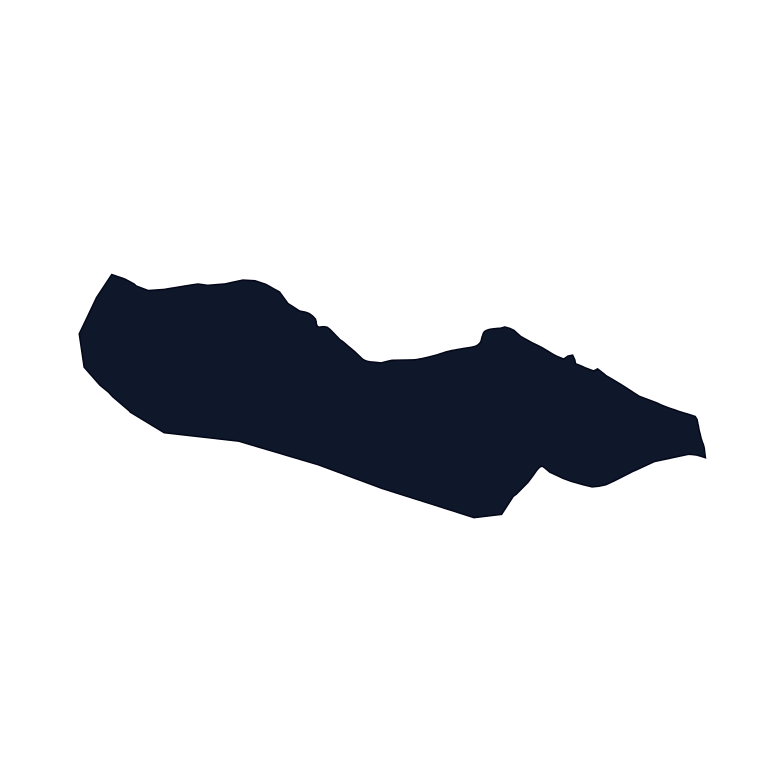 outline of Mukayras, Al Bayda', Yemen, rotated 54°
{"feature_id": "15242507B36585433603827", "entity_name": "Mukayras", "entity_type": "district", "adm_level": 2, "iso_a3": "YEM", "parent_name": "Yemen", "parent_adm1": "Al Bayda'", "projection": "natural_earth1", "projection_center": [45.819, 14.026], "detail": "fine", "context": "isolated", "style": "filled", "palette": "ink", "viewbox_px": 768, "rotation_deg": 54, "n_neighbors": 0, "source": "geoboundaries", "source_scale": "gbopen_adm2", "svg_char_len": 3866}
<svg xmlns="http://www.w3.org/2000/svg" viewBox="0 0 768 768"><g transform="rotate(54 384 384)"><path d="M632.6,167.3L627.5,164.5L624.4,162.7L621.0,161.3L617.6,160.4L617.0,160.2L614.2,159.3L610.5,157.7L606.8,156.3L603.4,154.6L600.2,153.2L597.4,151.9L596.7,151.6L593.2,151.3L588.5,154.7L586.7,156.0L584.7,157.6L582.9,159.0L581.1,160.3L579.4,161.6L577.8,162.7L576.4,163.6L575.9,163.9L574.3,165.1L572.8,166.2L571.2,167.3L569.6,168.4L567.6,169.7L565.4,171.1L563.8,172.1L562.4,172.9L561.7,173.2L560.1,174.1L543.8,184.8L537.0,187.4L530.7,189.8L524.8,192.1L518.6,194.7L507.2,199.7L506.3,199.7L503.3,200.6L499.7,201.6L497.3,202.3L496.7,206.6L495.5,207.5L495.2,207.7L493.4,208.9L491.7,210.0L490.1,211.1L488.3,212.2L486.2,213.3L484.4,214.4L483.3,215.1L482.2,215.8L480.2,217.1L476.5,215.4L471.5,214.4L469.5,218.8L469.5,223.8L467.7,225.0L465.8,226.2L464.1,227.3L462.5,228.2L460.7,229.1L459.0,229.9L457.3,230.6L455.4,231.4L455.2,231.5L453.6,232.1L451.8,232.9L449.7,233.8L447.8,234.6L445.8,235.6L443.4,236.8L441.8,237.7L439.9,238.7L437.7,239.9L435.4,241.0L435.1,241.1L433.2,242.0L431.3,242.9L429.6,243.7L427.2,244.8L425.6,245.5L417.0,247.3L413.0,249.5L408.8,252.8L408.4,254.2L407.5,256.5L407.1,257.4L406.2,258.7L405.1,260.5L404.9,260.9L404.0,262.4L403.0,264.2L402.0,266.1L401.3,268.0L400.8,269.9L400.6,271.9L401.3,273.8L402.8,275.8L403.9,277.5L405.2,278.9L405.3,279.1L406.5,280.5L407.3,282.6L407.5,284.6L407.5,286.6L406.9,288.6L406.1,290.6L405.3,292.4L404.2,294.5L403.2,296.4L403.2,296.5L402.2,298.3L401.7,299.4L401.2,300.3L400.6,301.6L400.1,302.6L399.0,304.8L398.2,306.7L397.1,308.7L396.1,311.1L395.3,313.0L394.4,315.2L393.7,317.5L393.0,319.6L392.8,320.1L392.4,321.3L392.4,321.5L391.6,323.9L390.8,326.0L390.0,328.0L389.2,330.1L388.3,332.3L387.4,334.5L386.6,336.3L385.7,338.5L384.7,340.4L383.8,342.4L383.4,343.2L382.6,344.6L381.5,346.4L369.5,363.6L368.0,367.0L365.5,373.2L365.2,374.0L363.5,375.8L363.3,376.1L362.9,376.5L359.6,380.2L358.5,381.6L358.4,381.7L358.1,382.0L357.0,383.0L356.4,383.6L355.5,384.4L353.9,385.5L351.8,386.5L350.0,387.0L348.0,387.3L346.1,387.7L343.8,388.1L342.1,388.4L340.4,388.7L338.5,389.2L336.7,389.6L335.1,390.1L334.8,390.1L332.7,390.7L330.9,391.1L330.5,391.2L329.1,391.5L327.0,392.0L325.2,392.5L323.3,393.2L322.3,393.6L319.7,393.9L317.3,394.3L312.6,394.9L308.1,395.6L304.7,396.6L303.6,397.6L302.2,399.0L301.0,401.0L299.9,403.0L299.7,403.4L297.8,404.1L297.8,403.9L295.9,403.5L295.5,403.3L293.6,402.2L291.1,401.3L287.0,401.8L283.0,403.1L281.2,404.3L279.7,405.3L276.7,408.1L275.7,409.0L275.5,409.3L272.7,410.4L270.8,411.1L262.4,414.4L261.1,414.4L253.0,414.4L252.9,414.4L249.0,414.4L248.2,414.4L246.0,415.4L245.6,415.6L245.3,415.8L241.4,417.6L239.8,418.3L237.8,419.2L233.8,421.1L230.3,423.6L229.2,424.4L226.8,426.1L224.6,427.7L220.6,432.6L217.0,437.0L212.8,446.4L212.2,447.8L209.6,453.8L206.1,459.5L202.2,465.9L200.5,468.7L197.0,472.3L195.1,474.3L193.7,475.8L190.9,481.1L188.4,486.1L187.1,488.5L187.0,488.9L185.8,491.2L183.6,495.6L180.2,502.3L178.3,506.2L169.8,519.8L159.0,526.9L156.4,527.3L156.2,527.4L152.4,529.2L149.5,530.6L146.7,532.0L135.4,539.9L144.6,564.5L145.0,565.6L158.4,590.2L164.3,601.1L194.1,616.7L218.0,614.5L228.6,611.7L235.1,610.9L256.3,605.8L257.4,605.9L294.2,590.5L316.9,565.7L329.3,552.1L331.4,549.9L332.8,548.3L336.3,544.5L344.8,535.2L363.5,520.9L372.7,513.8L379.7,508.4L383.3,505.7L407.4,487.2L410.9,484.5L445.4,461.6L445.8,461.3L463.4,449.6L467.2,447.1L482.8,435.6L507.0,417.7L523.2,405.8L523.7,405.4L545.0,389.8L558.6,365.5L552.0,348.3L550.9,345.5L550.9,341.7L548.2,325.3L545.7,317.2L543.6,311.1L542.9,308.1L542.9,305.8L543.6,304.2L546.2,303.3L552.8,301.7L560.3,297.5L565.6,294.6L572.6,289.9L582.7,282.0L589.6,276.1L593.0,270.3L595.9,263.8L596.1,262.9L597.7,254.9L601.0,234.0L601.5,232.0L605.4,212.3L605.7,210.8L619.7,179.3L621.7,176.7L625.3,172.8L628.6,170.2L632.6,167.3Z" fill="#0f172a" stroke="#020617" stroke-width="1.5"/></g></svg>